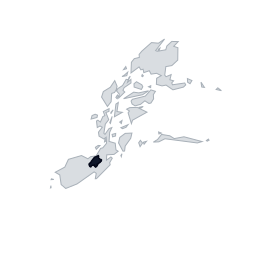 Nueva Ecija on a map of Philippines (Natural Earth projection), rotated 235°
{"feature_id": "PHL-2557", "entity_name": "Nueva Ecija", "entity_type": "Province", "adm_level": 1, "iso_a3": "PHL", "parent_name": "Philippines", "parent_adm1": "", "projection": "natural_earth1", "projection_center": [120.9, 15.651], "detail": "fine", "context": "in_parent", "style": "filled", "palette": "ink", "viewbox_px": 256, "rotation_deg": 235, "n_neighbors": 0, "source": "natural_earth", "source_scale": "10m", "svg_char_len": 4643}
<svg xmlns="http://www.w3.org/2000/svg" viewBox="0 0 256 256"><g transform="rotate(235 128 128)"><path d="M120.0,40.8L128.7,45.2L133.5,43.0L132.2,53.8L136.5,61.2L132.1,74.1L125.8,77.5L125.9,81.1L123.4,85.9L127.0,93.9L126.2,96.0L127.8,101.7L133.0,104.9L132.9,101.9L137.9,99.6L141.5,101.4L143.4,107.4L145.7,106.2L146.0,103.1L151.8,106.2L151.7,107.8L148.7,108.8L151.8,114.0L151.4,116.1L155.6,117.2L154.7,123.6L152.5,121.9L153.4,118.8L145.9,117.0L144.2,111.6L137.5,105.2L136.0,105.5L138.4,112.2L137.6,115.0L135.0,110.5L127.9,104.8L122.9,108.8L117.0,105.6L114.6,106.6L114.4,101.4L118.2,95.2L114.0,91.9L114.1,97.4L112.3,97.8L110.1,93.1L108.1,92.3L104.6,73.1L105.2,72.1L109.1,76.0L111.5,75.1L111.4,54.2L114.2,42.3L120.0,40.8ZM171.4,162.0L179.9,168.5L181.2,172.9L179.3,177.8L181.9,179.3L183.0,183.2L184.5,196.2L180.0,201.6L179.9,209.0L175.6,195.0L174.0,196.0L170.4,203.8L172.9,206.9L173.8,213.5L170.0,218.7L168.7,212.3L165.1,214.9L155.1,207.7L154.0,199.7L156.6,194.2L150.2,188.4L148.2,188.6L147.0,194.0L143.5,190.0L140.5,192.4L139.9,189.7L137.9,189.2L132.3,200.3L130.2,200.0L129.7,196.9L133.5,186.7L141.3,183.8L143.0,180.0L147.5,176.3L152.3,180.0L151.8,185.3L156.4,182.8L158.9,177.8L162.7,178.3L164.3,172.7L167.5,174.1L168.3,171.9L171.7,172.1L171.4,162.0ZM146.1,168.6L142.3,171.5L140.8,167.9L137.2,165.7L135.3,161.1L136.1,159.2L140.6,157.4L140.2,151.8L142.1,146.5L145.3,145.1L148.3,146.0L149.0,148.0L144.2,160.5L146.1,168.6ZM168.5,124.1L172.0,128.7L171.5,136.9L174.4,144.3L168.5,143.0L166.1,140.3L164.8,137.3L165.7,134.5L159.2,129.2L157.4,123.5L168.5,124.1ZM129.6,133.3L140.4,136.8L141.1,138.9L144.2,137.7L143.7,141.1L139.6,147.4L130.1,152.6L131.8,136.2L129.6,133.3ZM88.7,168.8L74.4,180.9L76.0,176.2L98.0,152.1L99.0,145.3L101.9,140.7L101.6,145.6L103.5,151.8L97.6,157.8L92.8,159.8L88.7,168.8ZM111.9,110.6L121.2,111.7L125.0,115.9L125.2,122.6L121.6,128.3L118.0,124.3L114.8,115.3L111.1,112.0L111.9,110.6ZM160.8,140.3L164.9,139.9L166.1,142.1L165.9,147.9L168.9,154.4L167.5,156.0L165.6,153.6L166.1,158.2L163.2,156.3L163.3,148.0L161.8,145.5L159.3,146.0L157.9,137.7L160.8,140.3ZM146.7,166.2L146.9,159.1L154.5,141.2L154.1,153.2L150.6,156.9L146.7,166.2ZM161.0,161.5L155.5,164.1L153.3,163.8L151.9,161.1L158.0,156.5L160.8,158.3L161.0,161.5ZM145.0,123.3L154.5,131.8L154.5,134.7L147.8,128.4L144.1,132.3L145.0,123.3ZM158.1,109.0L156.0,110.4L154.4,108.6L156.5,102.9L158.8,105.7L158.1,109.0ZM134.4,205.0L130.2,207.6L128.7,204.2L131.3,203.1L134.4,205.0ZM105.8,127.2L109.8,128.3L110.8,131.1L107.3,131.2L105.8,127.2ZM129.6,110.3L131.9,111.3L130.6,114.8L128.6,113.2L129.6,110.3ZM119.3,211.9L123.7,214.1L117.4,213.9L119.3,211.9ZM173.9,159.8L171.6,157.0L173.6,152.6L173.4,155.3L173.9,159.8ZM132.3,122.4L130.7,129.9L129.7,126.8L130.6,123.1L132.3,122.4ZM109.0,222.3L109.4,224.6L105.0,225.9L109.0,222.3ZM130.9,90.2L130.8,93.6L129.7,95.0L128.7,89.8L130.9,90.2ZM138.8,148.5L136.9,152.8L136.9,150.3L138.8,148.5ZM107.6,132.4L106.5,135.5L105.5,131.9L107.6,132.4ZM161.1,138.3L159.7,138.3L158.2,135.9L160.0,135.6L161.1,138.3ZM137.6,124.6L137.6,127.4L135.5,125.1L137.6,124.6ZM179.6,161.4L177.4,160.8L178.4,157.8L179.6,161.4ZM142.8,116.1L146.6,121.7L141.8,116.2L142.8,116.1ZM107.2,150.8L104.7,152.4L105.4,149.9L107.2,150.8ZM150.0,168.5L149.6,170.9L148.1,169.7L150.0,168.5ZM150.6,123.0L151.4,126.3L149.5,122.1L150.6,123.0ZM72.8,187.5L71.5,187.4L71.8,185.3L72.8,185.0L72.8,187.5ZM163.6,170.3L161.9,170.5L161.8,169.2L162.7,169.0L163.6,170.3ZM175.2,200.1L174.0,198.6L174.3,197.1L175.1,197.8L175.2,200.1ZM109.6,106.4L110.4,108.3L108.4,106.1L109.6,106.4ZM168.5,157.1L169.2,159.6L167.4,156.5L168.5,157.1ZM130.3,36.1L128.4,37.7L129.8,35.4L130.3,36.1ZM132.6,103.3L130.0,101.8L130.1,100.8L132.6,103.3ZM123.4,30.1L125.0,31.8L123.2,30.7L123.4,30.1Z" fill="#d9dde1" stroke="#a8b0b8" stroke-width="1"/><path d="M117.2,88.0L117.0,87.9L117.0,87.7L116.9,87.5L116.7,87.5L116.4,87.3L116.3,87.2L116.2,87.0L116.2,86.7L116.3,86.3L116.3,86.2L116.1,86.0L116.0,85.8L115.9,85.6L115.9,85.4L115.9,85.2L116.0,84.6L115.9,84.1L115.9,83.6L115.9,83.3L115.8,83.1L115.7,82.9L115.7,82.7L115.8,82.5L116.0,82.3L116.1,82.1L116.1,81.9L115.5,81.8L115.3,81.8L114.9,81.3L114.7,80.6L114.5,79.1L115.8,78.7L116.1,78.7L116.3,78.9L116.5,79.1L116.7,79.5L116.8,79.5L117.0,79.3L117.1,79.0L117.2,78.8L117.4,78.2L117.5,78.0L117.6,77.9L117.8,77.7L118.0,76.9L117.9,76.3L117.5,75.2L117.8,75.0L118.2,74.8L118.6,74.7L119.0,74.8L120.0,75.0L120.5,75.2L120.8,75.5L121.0,75.9L121.1,76.4L121.1,77.4L121.3,78.0L121.8,79.1L122.0,79.7L123.1,83.3L123.2,83.9L123.1,84.3L122.7,85.8L122.4,87.8L121.8,87.8L120.8,86.9L120.2,86.7L119.7,86.8L118.1,87.3L117.9,87.4L117.7,87.7L117.5,87.9L117.2,88.0Z" fill="#0f172a" stroke="#020617" stroke-width="1.5"/></g></svg>